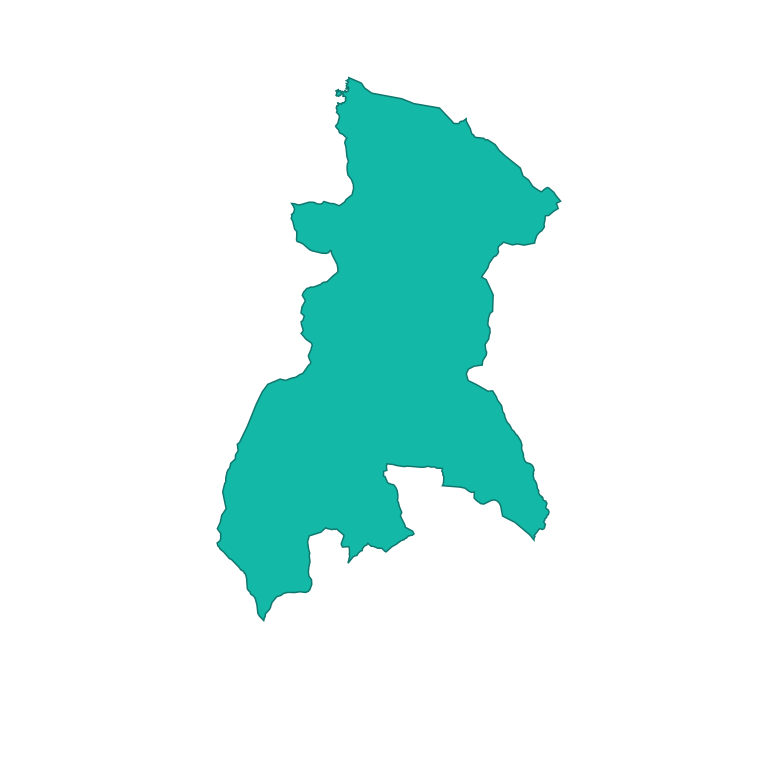 Awutu Senya, Central, Ghana (orthographic projection), rotated 37°
{"feature_id": "2480657B19246099956301", "entity_name": "Awutu Senya", "entity_type": "district", "adm_level": 2, "iso_a3": "GHA", "parent_name": "Ghana", "parent_adm1": "Central", "projection": "orthographic", "projection_center": [-0.532, 5.62], "detail": "fine", "context": "isolated", "style": "filled", "palette": "teal", "viewbox_px": 768, "rotation_deg": 37, "n_neighbors": 0, "source": "geoboundaries", "source_scale": "gbopen_adm2", "svg_char_len": 6170}
<svg xmlns="http://www.w3.org/2000/svg" viewBox="0 0 768 768"><g transform="rotate(37 384 384)"><path d="M415.0,131.7L408.5,130.2L404.2,128.7L397.7,128.3L396.1,128.8L394.9,131.9L394.2,135.7L391.0,136.4L383.9,136.7L376.7,134.1L369.8,134.2L362.9,129.5L343.5,128.9L335.4,128.1L328.7,125.9L319.7,126.6L318.4,127.9L315.7,127.8L308.2,132.2L305.5,131.2L304.3,131.6L300.9,129.6L300.0,128.6L291.5,124.6L290.0,122.7L289.0,126.2L286.9,128.6L287.1,131.0L282.8,134.0L280.0,133.2L262.2,130.2L239.1,142.1L226.5,145.5L199.2,159.1L190.4,159.3L184.8,157.3L171.5,160.5L172.5,161.7L171.4,164.4L173.8,164.0L174.0,166.0L173.2,166.6L174.3,166.9L174.4,168.6L175.8,169.3L175.9,170.9L176.4,171.1L177.0,170.4L176.6,168.3L177.3,168.5L178.8,170.8L178.9,171.8L178.1,173.7L176.6,172.9L176.3,173.0L176.3,175.0L175.8,175.4L174.7,175.3L174.5,177.2L172.9,176.0L172.1,176.4L171.8,177.8L171.4,178.1L170.4,176.5L169.2,178.8L171.0,179.6L172.1,182.4L172.8,182.4L173.1,181.9L174.4,181.7L175.5,179.6L175.5,178.2L176.6,177.0L177.6,177.4L177.9,178.9L178.4,178.9L179.7,177.8L181.0,177.9L181.8,179.8L183.0,180.8L182.8,183.5L181.4,184.5L181.6,186.2L180.2,186.4L179.6,187.3L178.2,187.0L177.9,187.5L179.7,188.7L179.8,189.7L178.9,190.4L179.9,192.5L181.8,193.3L182.5,195.6L186.3,196.2L187.8,197.7L190.2,203.6L190.1,207.1L191.9,208.0L194.5,208.2L197.1,210.0L198.3,210.1L200.5,209.4L206.3,210.0L206.5,212.6L207.5,215.0L211.1,217.7L217.4,224.6L221.8,227.8L222.3,230.1L223.5,232.3L225.6,235.1L229.3,238.7L235.0,240.3L239.5,243.2L242.1,246.3L244.6,252.1L242.7,259.4L243.0,262.5L241.0,268.6L235.5,270.1L232.5,272.1L226.2,274.4L226.0,277.0L225.3,278.2L222.5,280.3L219.2,280.9L217.0,282.2L214.6,284.1L209.3,291.2L207.6,292.7L204.3,293.8L201.6,295.4L205.2,296.8L207.4,298.2L208.7,301.6L208.1,304.3L209.5,305.4L210.2,307.6L213.1,308.9L219.3,314.0L222.4,314.7L224.2,316.8L227.4,321.6L228.9,322.5L232.1,321.4L235.1,320.9L243.7,321.5L246.7,320.8L255.8,316.8L259.1,314.6L260.6,312.5L260.8,309.6L261.9,309.4L262.7,310.6L265.5,312.3L274.6,316.7L278.0,319.9L279.5,321.9L279.5,323.8L278.3,327.9L276.9,336.8L274.2,339.5L273.4,342.7L269.9,348.2L268.0,350.4L267.1,350.5L266.6,352.0L264.9,354.1L264.5,358.9L265.4,362.4L270.3,364.4L271.2,365.4L272.1,371.8L275.0,377.3L279.4,377.6L281.0,382.3L280.3,384.0L282.3,386.2L287.1,389.6L287.5,390.8L287.4,393.5L295.0,395.2L301.4,395.0L303.5,396.3L303.9,398.2L304.9,400.1L306.6,407.0L308.9,408.7L312.1,410.4L313.1,411.8L312.5,414.2L312.8,424.4L311.2,427.0L309.5,431.6L306.0,435.8L303.4,440.2L298.1,442.6L291.4,454.1L291.5,463.6L294.1,476.9L300.2,499.5L303.8,517.7L303.1,520.4L307.7,525.1L308.1,530.0L310.4,533.4L309.3,539.6L311.3,543.9L311.1,546.4L311.8,549.2L314.2,554.3L316.4,557.2L316.7,559.3L319.8,566.6L320.9,568.0L333.0,578.6L333.4,586.4L336.6,593.3L338.0,599.9L344.0,601.8L344.3,602.8L346.6,605.7L347.4,607.9L346.4,611.4L348.8,613.3L350.3,613.4L352.3,614.4L357.5,614.7L365.8,616.5L367.5,615.9L378.6,617.6L381.3,618.5L384.7,618.2L386.3,619.1L387.9,619.2L391.1,621.8L398.1,629.8L400.3,630.6L401.8,630.6L404.0,632.0L407.5,631.8L410.4,632.9L415.5,636.9L421.3,643.1L424.3,644.3L430.3,645.3L429.3,643.0L429.0,641.0L427.7,639.0L428.2,632.9L427.7,630.4L426.7,628.4L426.7,627.3L426.0,626.2L426.4,618.4L429.0,614.7L429.8,611.7L432.7,608.2L438.0,604.5L441.9,600.5L446.8,597.7L448.4,595.1L448.5,592.7L446.9,587.5L443.9,583.9L439.8,582.7L436.9,579.9L434.1,575.4L431.9,570.5L427.5,566.0L426.6,563.9L423.1,561.2L417.9,556.0L415.7,550.3L422.8,540.3L423.9,534.0L425.4,533.7L430.2,531.5L431.4,530.0L432.7,529.3L433.3,528.4L433.9,528.3L442.9,528.9L443.7,530.0L445.9,537.1L446.8,538.1L449.0,539.2L453.8,535.1L454.8,535.7L458.0,539.4L458.6,540.8L460.1,541.9L463.1,548.8L463.4,540.3L464.3,538.6L465.5,537.4L465.3,534.4L465.8,531.7L466.9,530.1L465.8,528.3L465.9,525.2L467.1,522.9L467.0,521.0L471.4,521.3L472.8,520.2L477.8,518.9L481.2,516.5L485.5,517.1L486.7,516.8L488.3,509.0L490.2,504.8L491.9,498.9L493.7,496.2L493.8,494.9L494.6,493.5L495.0,490.6L497.8,487.4L498.1,485.6L495.5,484.3L487.3,485.6L485.1,483.8L478.0,480.3L476.2,479.1L475.4,475.8L470.2,472.8L466.6,469.8L464.8,469.1L464.2,467.5L461.7,464.1L458.4,461.0L455.7,459.6L453.1,458.7L451.7,458.9L450.3,459.7L446.3,460.7L440.5,457.3L439.1,457.9L436.2,453.9L438.3,451.3L436.0,449.0L434.3,446.1L439.1,443.1L443.9,441.1L449.7,437.9L452.4,435.3L464.3,427.8L467.1,425.3L467.9,423.8L470.3,422.4L471.4,422.2L474.3,419.8L476.7,419.5L481.5,416.2L482.5,418.7L484.4,419.5L486.0,421.4L487.6,422.1L490.5,426.3L491.6,428.5L491.8,430.1L506.9,420.5L511.3,418.5L516.2,418.5L519.0,418.0L521.1,415.9L524.6,420.8L528.0,421.4L533.3,421.3L536.0,419.8L539.9,412.1L542.1,410.0L544.7,409.3L547.7,409.7L550.5,411.1L558.2,418.1L571.8,415.7L591.2,416.7L597.6,418.3L596.4,416.5L596.4,415.0L595.2,414.6L595.2,405.9L598.0,404.9L598.8,403.4L598.7,402.2L597.3,398.9L595.2,398.4L594.3,397.7L594.5,396.4L593.6,395.0L594.2,392.9L593.4,391.2L593.8,389.6L593.2,387.6L592.2,386.4L590.6,385.7L588.4,385.9L587.6,385.6L586.0,381.3L583.6,380.2L582.9,380.7L581.0,380.8L579.1,379.2L578.5,379.5L578.2,379.0L575.2,378.9L573.3,378.2L571.6,376.0L568.9,375.0L568.4,374.1L565.8,371.8L563.4,370.5L561.4,370.0L558.2,367.3L557.3,365.4L556.4,365.0L555.8,362.5L553.2,360.5L550.9,359.7L548.9,359.7L544.6,361.1L542.2,360.3L539.1,358.2L538.2,356.8L535.6,354.8L533.4,353.5L531.5,351.0L531.2,350.0L527.5,347.2L521.3,344.8L520.1,345.0L516.1,343.5L513.6,343.4L509.2,341.2L505.3,340.4L500.9,338.0L498.2,335.6L495.4,334.6L491.9,331.3L490.1,330.2L484.5,328.6L481.5,326.7L474.9,324.1L471.3,327.2L458.5,328.8L449.1,330.6L443.6,326.4L442.5,321.3L445.2,315.6L451.1,309.7L449.3,307.0L448.7,304.8L448.4,300.2L447.7,298.2L446.7,296.7L444.8,295.7L440.9,291.5L440.6,285.2L438.5,281.4L438.0,279.4L435.0,275.8L431.7,274.6L430.1,272.5L427.6,268.0L426.2,263.8L427.0,260.6L417.5,247.1L402.8,239.2L397.5,239.9L397.0,228.8L395.4,224.3L395.1,216.4L396.3,214.2L396.4,211.2L395.9,209.6L393.7,207.6L392.9,205.8L392.9,204.0L393.8,201.3L393.9,199.5L394.2,198.8L402.9,195.6L406.3,191.8L412.3,188.8L419.5,180.7L418.7,179.6L416.7,173.6L416.8,169.6L417.8,166.5L417.6,162.5L417.2,161.6L415.8,160.4L413.6,155.6L411.9,153.3L411.8,152.4L414.1,150.3L415.6,143.8L417.5,139.0L412.9,136.0L415.0,131.7Z" fill="#14b8a6" stroke="#0f766e" stroke-width="1.5"/></g></svg>